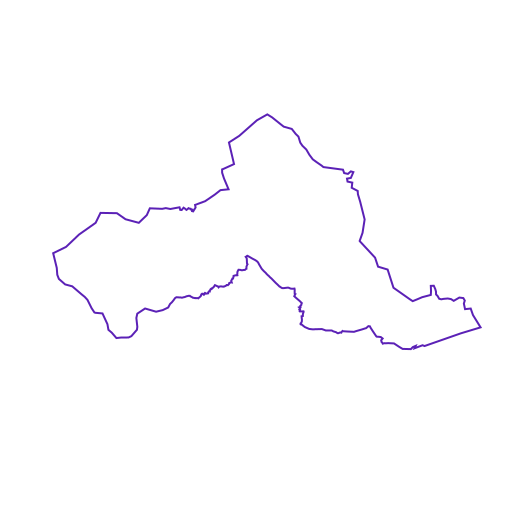 the district of Ifo, Ogun, Nigeria, rotated 344°
{"feature_id": "59680162B2266540401620", "entity_name": "Ifo", "entity_type": "district", "adm_level": 2, "iso_a3": "NGA", "parent_name": "Nigeria", "parent_adm1": "Ogun", "projection": "albers", "projection_center": [3.248, 6.772], "detail": "fine", "context": "isolated", "style": "outline", "palette": "violet", "viewbox_px": 512, "rotation_deg": 344, "n_neighbors": 0, "source": "geoboundaries", "source_scale": "gbopen_adm2", "svg_char_len": 5954}
<svg xmlns="http://www.w3.org/2000/svg" viewBox="0 0 512 512"><g transform="rotate(344 256 256)"><path d="M85.1,265.7L85.9,266.3L92.6,268.9L94.4,280.6L93.8,286.3L96.2,289.9L99.2,296.4L103.9,297.2L111.0,299.2L114.1,298.7L121.2,294.1L122.4,291.4L123.9,282.6L126.0,278.7L134.9,275.9L144.6,282.0L151.4,282.3L157.4,281.3L160.2,278.4L162.4,277.3L164.8,275.6L166.5,274.2L168.1,273.7L170.1,274.4L170.7,274.7L171.7,274.9L172.6,275.3L173.1,275.6L173.7,275.7L174.7,275.7L175.2,275.7L175.8,275.8L176.4,275.8L177.2,275.7L177.9,275.6L178.8,275.6L179.5,275.7L180.3,275.7L181.0,275.9L181.5,276.1L181.7,276.6L182.0,276.9L182.5,277.3L182.8,277.6L183.5,278.3L183.8,278.7L184.2,278.9L184.8,279.1L185.0,279.3L185.4,279.5L185.8,279.6L186.0,279.8L186.4,279.8L186.9,280.0L187.2,280.1L187.4,280.2L188.1,280.3L188.3,280.4L188.9,280.8L189.2,280.6L189.5,280.4L189.8,280.3L190.1,280.2L190.9,279.8L191.3,279.6L191.7,279.4L192.0,279.2L192.2,278.8L192.5,278.5L192.6,278.3L192.7,278.0L192.9,277.8L193.2,277.7L193.4,277.6L193.5,277.8L193.9,277.7L194.2,277.6L194.7,278.3L195.2,278.9L195.8,278.5L195.6,278.1L195.8,277.9L196.2,277.7L196.8,277.4L197.0,277.6L197.3,278.1L197.4,278.3L197.5,278.4L198.3,278.5L198.9,278.6L199.4,278.7L199.7,278.7L199.9,278.0L200.0,277.8L200.1,277.7L200.3,277.7L200.7,277.5L200.8,277.4L201.0,277.2L201.5,276.8L201.9,277.1L202.0,276.8L202.2,276.5L202.7,276.0L202.9,275.6L203.2,275.4L203.4,275.3L203.6,275.2L203.9,275.1L203.9,275.3L204.0,275.5L204.4,275.4L205.4,274.9L206.2,274.4L206.5,274.3L206.6,274.2L207.0,274.0L207.2,273.9L207.3,273.7L208.5,272.7L209.2,273.3L210.5,274.4L210.7,274.6L211.1,274.8L211.3,275.2L211.3,275.5L211.4,275.8L211.7,275.6L211.9,275.5L212.4,275.3L212.5,275.3L213.3,275.4L213.7,275.5L214.4,275.7L215.1,276.1L216.0,276.4L216.3,276.5L216.6,276.6L216.8,276.6L217.1,276.4L217.5,276.5L218.4,276.4L219.3,276.1L219.8,275.8L220.2,275.9L220.9,276.3L221.2,276.1L221.7,275.9L222.2,275.6L222.4,275.4L222.6,275.2L222.6,274.9L222.7,274.7L222.8,274.6L223.2,274.6L224.1,274.5L224.4,274.5L225.2,274.6L225.4,274.7L225.4,274.4L225.3,273.8L225.3,273.5L225.3,273.2L225.4,272.9L226.5,271.9L226.7,271.6L227.0,271.3L227.3,271.5L227.5,271.5L227.8,271.2L228.2,270.6L228.6,269.7L228.8,269.5L228.9,269.3L229.0,268.9L229.5,268.9L230.8,268.9L231.4,269.0L232.1,269.1L232.2,269.3L232.7,269.4L232.8,269.4L232.9,268.3L233.1,268.0L233.3,267.6L233.5,266.8L233.8,266.2L234.0,265.8L234.3,265.5L235.3,264.5L235.4,264.4L236.5,264.8L237.0,265.0L237.4,265.2L237.7,265.4L238.0,265.6L238.4,265.8L238.8,265.9L239.1,265.9L239.5,266.0L240.2,266.0L240.6,266.1L241.0,266.2L241.4,266.3L241.5,266.3L241.8,266.2L242.7,265.7L243.0,265.6L243.3,265.6L243.5,264.8L243.9,263.6L245.1,262.0L245.6,261.6L245.3,260.6L246.4,256.0L246.4,255.5L245.9,254.0L246.4,253.9L246.6,253.8L246.8,253.7L247.1,253.7L247.4,253.7L247.6,253.4L247.8,253.4L249.5,255.1L251.4,257.1L252.1,257.8L253.9,259.5L254.8,260.5L255.5,261.4L256.2,262.7L256.7,265.1L257.2,267.0L257.6,268.6L258.0,270.0L258.4,270.8L259.0,272.0L259.6,273.1L260.7,274.9L261.2,276.1L262.4,278.2L262.7,278.5L263.6,280.3L264.0,280.9L264.6,281.8L266.9,286.1L267.6,287.4L268.7,289.2L269.5,290.6L270.2,291.9L270.5,292.0L271.1,292.8L271.7,293.5L272.2,294.0L272.7,294.2L273.4,294.4L274.2,294.6L275.6,294.8L278.0,295.2L278.6,295.5L279.0,295.8L280.2,296.8L280.8,297.1L281.9,297.5L282.7,297.7L284.0,297.9L284.0,298.5L283.8,299.4L283.5,300.3L283.2,301.4L283.0,302.2L282.9,302.6L282.8,302.9L283.0,303.3L283.3,303.5L283.1,303.7L282.8,304.0L282.6,304.1L282.5,304.4L282.3,304.6L282.1,304.8L281.7,305.2L282.9,307.2L285.6,311.3L287.0,313.8L286.8,313.9L286.6,314.3L286.3,315.0L286.1,315.5L284.8,316.2L284.8,317.1L283.3,317.2L283.6,317.7L284.1,318.2L283.0,319.3L283.5,319.8L282.7,320.9L282.8,321.3L283.4,321.5L286.4,322.3L286.4,322.8L285.1,324.6L284.5,326.6L283.2,326.5L282.8,328.6L282.7,329.5L282.1,331.4L281.1,332.7L280.4,333.0L280.0,333.6L280.1,334.0L281.3,334.8L282.0,335.9L283.3,337.7L286.8,340.6L287.1,340.8L290.2,342.1L291.7,342.5L292.3,342.6L299.2,344.4L302.7,346.9L303.6,347.1L308.3,348.5L309.6,349.8L311.8,351.2L312.1,351.5L312.6,352.1L313.2,352.7L313.8,352.9L315.9,352.7L316.9,353.2L317.3,352.7L317.9,352.3L318.5,351.9L318.9,352.3L323.4,353.9L329.3,355.9L331.5,355.8L337.6,355.8L340.5,355.7L342.0,355.7L344.7,354.4L346.1,355.0L346.3,356.3L347.6,360.6L349.2,365.5L349.5,366.4L349.8,366.8L352.0,367.6L353.6,368.3L355.0,370.2L353.1,371.5L353.0,373.3L353.5,374.1L353.7,375.2L355.4,375.2L356.4,375.6L359.1,376.2L364.6,378.1L365.0,378.6L368.6,382.8L371.4,385.8L373.5,386.4L379.2,388.2L381.6,386.8L384.7,386.4L383.0,388.4L391.5,387.7L393.2,389.0L431.6,386.8L452.2,386.5L448.3,372.6L447.9,365.7L442.3,364.7L442.7,359.0L444.4,356.4L443.7,353.6L440.0,352.0L433.7,353.6L431.6,351.2L428.6,349.7L424.4,348.9L422.2,348.7L420.3,347.6L419.5,344.4L418.5,342.6L419.2,339.8L419.2,337.2L418.7,333.6L415.8,332.9L414.6,337.9L413.3,341.6L404.4,341.4L398.8,342.1L394.2,342.6L391.8,339.8L379.4,324.4L378.8,305.3L370.4,299.9L370.0,290.4L359.8,270.3L359.8,270.1L364.8,263.1L370.5,250.8L371.1,232.5L371.0,224.7L371.7,221.5L366.8,216.8L368.8,212.0L364.5,209.7L364.8,206.7L368.7,207.1L372.7,202.2L370.5,200.8L367.0,202.4L363.6,200.6L363.4,197.0L345.3,189.1L344.0,187.2L339.9,182.2L337.2,178.7L335.2,173.4L333.7,167.5L331.0,162.8L329.8,159.2L329.7,152.9L327.8,149.6L325.4,143.7L318.3,139.3L315.7,135.7L309.7,127.2L305.9,123.0L294.3,125.8L273.0,135.9L261.3,139.4L260.2,161.6L254.1,162.5L248.7,163.3L247.3,163.4L246.4,166.6L246.6,172.5L248.0,184.3L240.0,182.9L233.4,185.6L222.2,189.3L211.5,190.1L211.3,192.7L207.9,195.8L206.9,195.2L207.4,193.8L206.1,193.3L206.2,192.6L205.0,192.0L204.3,191.4L203.1,192.1L201.8,192.5L200.9,191.0L199.7,189.6L197.2,191.3L195.9,190.8L195.9,188.1L186.6,187.2L182.5,185.1L178.8,184.8L167.1,180.9L162.3,186.6L152.5,191.8L140.7,184.7L134.1,176.5L118.4,171.7L111.0,179.9L91.8,186.6L75.9,194.9L61.8,197.4L61.2,212.5L59.8,219.3L60.2,223.7L64.7,230.7L71.0,234.5L77.8,244.8L80.1,248.1L81.9,251.7L83.6,260.9L85.1,265.7Z" fill="none" stroke="#5b21b6" stroke-width="2"/></g></svg>